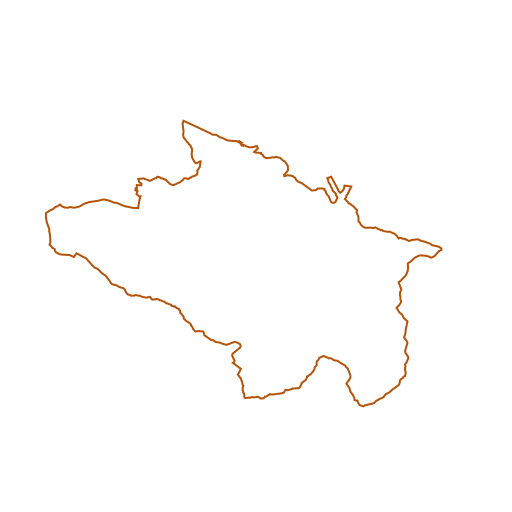 Sighisoara, Mures, Romania (orthographic projection), rotated 128°
{"feature_id": "2599482B28602664470225", "entity_name": "Sighisoara", "entity_type": "district", "adm_level": 2, "iso_a3": "ROU", "parent_name": "Romania", "parent_adm1": "Mures", "projection": "orthographic", "projection_center": [24.78, 46.228], "detail": "fine", "context": "isolated", "style": "outline", "palette": "amber", "viewbox_px": 512, "rotation_deg": 128, "n_neighbors": 0, "source": "geoboundaries", "source_scale": "gbopen_adm2", "svg_char_len": 6120}
<svg xmlns="http://www.w3.org/2000/svg" viewBox="0 0 512 512"><g transform="rotate(128 256 256)"><path d="M194.1,396.4L197.0,395.3L201.5,390.7L203.1,389.3L205.2,388.2L207.1,386.1L208.3,381.4L208.6,379.1L209.2,377.7L209.4,375.4L210.2,374.2L210.8,372.6L212.3,371.2L215.2,369.6L217.4,367.3L218.7,365.0L220.0,361.5L219.5,359.9L215.8,358.3L215.5,358.0L215.8,357.7L220.5,355.1L225.0,354.8L226.4,353.4L228.0,352.6L230.3,353.5L233.2,355.5L234.3,355.5L234.9,356.2L236.7,356.5L237.2,357.2L238.2,359.6L239.7,360.6L241.1,360.4L245.1,361.5L251.0,364.7L252.2,367.9L251.5,374.4L252.1,375.2L252.1,376.5L253.2,378.6L253.2,380.3L254.1,382.4L254.5,382.7L256.1,382.5L256.9,383.4L262.3,385.9L262.7,388.2L263.8,390.8L263.9,392.2L267.8,396.2L269.5,394.0L269.7,393.1L269.4,391.0L270.9,389.9L273.5,393.6L276.4,391.3L276.8,392.4L278.5,391.5L277.9,389.2L280.8,388.3L281.0,384.9L280.1,383.8L283.3,382.5L290.8,378.4L294.1,383.0L295.7,386.6L297.2,389.2L298.1,391.6L299.8,398.3L301.3,400.6L302.8,405.9L304.9,410.3L305.7,411.4L309.0,413.8L316.6,421.0L318.0,421.7L319.8,423.2L325.4,425.4L329.4,428.5L330.7,430.2L331.6,432.4L333.6,433.8L335.6,436.6L336.4,439.6L336.1,442.1L338.9,443.0L341.0,444.3L343.9,444.8L346.8,446.4L351.6,447.9L355.0,445.2L358.4,441.4L362.3,435.1L363.8,434.3L365.4,432.2L370.0,427.9L372.2,426.3L374.2,425.7L374.3,423.6L375.0,421.6L374.4,419.2L375.6,417.7L376.2,416.2L375.6,412.0L374.3,409.7L369.9,403.3L369.0,398.9L364.4,399.1L363.5,394.4L363.3,392.2L362.4,388.6L364.5,377.4L364.4,375.3L363.6,373.2L364.4,367.0L364.3,364.3L364.1,363.6L364.2,361.9L365.9,355.5L366.6,354.0L366.8,352.5L366.7,351.7L364.8,347.4L364.7,344.8L363.0,340.7L363.1,339.0L364.0,337.5L365.0,335.1L365.1,332.9L364.4,331.7L364.3,330.1L362.0,327.4L361.0,327.0L358.8,322.8L358.3,320.6L356.3,316.7L353.6,314.6L353.6,313.1L354.1,312.4L354.3,311.1L353.7,310.2L352.7,309.5L352.2,308.6L351.3,308.1L350.2,306.4L350.2,304.5L349.4,303.4L349.1,301.7L348.4,299.8L348.6,297.6L347.9,296.8L347.5,294.8L346.7,292.9L347.2,291.8L346.6,290.6L346.5,289.7L345.6,289.0L346.0,288.1L345.6,287.0L345.9,286.2L345.2,284.4L345.8,283.6L345.6,283.2L345.8,282.3L347.6,280.4L347.4,279.4L347.8,278.5L348.3,275.9L349.5,274.7L349.9,273.6L350.2,270.6L349.8,268.8L349.8,266.1L350.0,265.2L350.8,264.3L350.9,263.2L352.4,260.2L352.7,258.5L352.8,257.2L350.0,254.5L349.9,253.7L349.0,252.8L348.0,251.2L348.2,250.4L350.2,248.0L349.8,239.8L348.8,238.1L348.6,234.8L346.7,231.7L345.8,228.3L344.0,224.4L336.7,219.9L335.8,217.6L335.3,214.4L336.3,212.7L337.8,212.1L347.4,214.3L349.2,213.5L351.8,208.3L353.2,207.9L354.5,208.4L354.2,198.4L360.6,197.3L362.0,192.2L363.2,190.7L363.5,189.7L365.7,187.3L366.2,186.0L367.5,185.6L370.0,184.0L370.4,182.9L371.4,182.3L371.6,181.0L372.7,179.6L374.1,178.8L374.7,177.7L374.4,176.9L371.8,174.3L371.7,173.8L370.6,172.7L369.9,172.6L368.3,170.1L365.6,167.7L365.4,164.5L363.4,162.4L361.3,162.3L360.5,161.4L356.2,160.0L356.0,159.2L354.8,157.5L348.9,151.7L346.6,150.0L343.9,150.3L342.9,150.0L342.4,148.6L341.9,148.1L338.9,146.0L337.7,145.6L337.4,144.8L333.4,140.7L329.7,141.0L327.8,141.9L323.5,140.5L320.6,141.0L319.6,141.7L318.4,141.0L314.7,140.0L310.0,140.1L308.7,140.5L307.7,141.2L304.6,141.0L301.9,143.2L299.2,142.9L297.4,143.4L293.3,141.3L292.3,138.3L291.8,135.5L290.8,134.6L290.2,133.0L290.2,131.0L289.8,129.7L288.4,127.3L288.2,122.3L287.4,118.5L288.0,116.9L288.2,114.3L291.9,108.2L293.4,106.9L295.4,106.4L300.9,106.2L302.6,100.9L304.1,99.1L304.9,97.6L305.9,93.9L307.5,90.9L308.8,89.8L308.7,88.8L307.5,87.1L307.6,86.7L308.5,85.7L309.7,82.7L308.4,78.8L306.5,78.2L303.7,76.0L301.8,74.1L299.0,72.4L295.8,72.1L295.1,71.5L292.9,70.8L288.9,68.6L284.9,68.7L282.1,67.2L279.1,66.5L277.5,66.4L270.0,64.1L268.6,64.2L265.0,66.1L263.2,65.8L261.8,65.1L260.3,65.5L258.8,64.6L256.1,66.0L255.0,67.0L253.6,69.0L251.0,70.2L249.8,71.8L247.4,71.8L242.6,73.1L241.6,74.4L240.3,78.6L239.1,80.0L231.0,83.3L229.9,85.7L229.1,89.1L225.1,90.6L221.4,92.9L214.2,96.4L213.9,101.5L212.3,104.5L212.2,108.4L210.2,113.4L207.2,112.9L203.3,113.2L202.6,113.6L201.1,115.7L199.1,117.2L198.1,118.7L195.2,120.4L193.8,120.5L192.8,121.0L188.9,127.5L186.4,126.8L179.1,126.0L174.8,127.1L171.7,128.8L168.5,131.8L164.9,130.6L159.5,129.8L155.4,127.8L154.3,126.8L151.3,122.4L149.9,119.2L149.7,117.2L148.9,116.6L146.3,115.3L139.4,114.8L137.1,113.6L135.8,114.8L136.4,118.3L138.8,123.3L139.1,124.6L139.0,126.1L141.3,133.0L142.3,134.7L143.2,138.7L147.4,143.1L150.1,144.7L150.5,147.5L150.9,148.1L150.8,148.8L151.2,149.0L151.3,149.8L152.3,151.6L152.2,152.5L153.2,154.0L154.4,154.4L153.4,157.7L153.2,160.4L154.5,165.5L155.8,167.1L157.8,170.7L158.1,171.8L158.0,173.0L158.9,173.5L158.9,174.7L159.5,176.4L160.1,179.8L161.7,180.6L162.8,182.8L166.3,187.0L167.1,189.2L166.7,192.9L165.7,194.8L165.5,196.8L163.0,198.5L161.8,199.8L159.8,203.7L157.7,204.5L156.8,210.5L157.1,212.1L156.9,212.8L157.4,215.9L157.0,216.3L156.4,221.0L153.9,221.2L153.2,221.8L150.9,221.9L142.6,223.7L146.0,229.6L148.4,228.3L150.1,227.9L152.3,228.0L154.3,228.6L154.1,230.3L147.2,245.6L150.8,247.7L151.7,245.9L152.8,244.8L153.7,243.1L154.1,241.4L154.7,240.8L156.0,237.5L157.3,235.9L157.7,231.8L158.1,231.1L159.0,230.3L159.4,228.2L160.5,227.6L164.5,226.7L165.9,227.2L167.1,228.7L167.1,230.3L164.1,235.8L163.9,237.6L163.2,239.5L162.0,241.1L161.9,242.8L161.0,243.3L162.3,245.9L164.9,248.9L167.2,249.3L170.0,252.3L170.4,264.8L171.5,268.6L171.4,270.4L170.9,272.3L170.2,273.3L170.5,274.8L170.3,275.9L170.8,276.8L171.0,278.1L172.0,279.1L172.8,280.8L175.7,282.7L174.9,283.8L168.9,283.5L165.4,286.4L163.8,291.0L164.1,294.0L163.8,297.4L165.9,301.7L167.1,302.3L168.6,304.4L169.4,304.8L172.7,308.2L172.7,309.5L172.9,310.1L173.0,311.4L172.3,312.3L172.3,314.1L172.5,314.7L171.7,315.5L174.7,319.9L175.1,321.5L170.2,320.7L168.8,322.7L169.2,323.5L171.0,324.6L173.4,326.7L174.5,328.4L175.4,330.7L176.1,334.4L177.1,334.0L177.6,335.1L177.3,335.6L177.4,336.6L176.8,336.8L176.7,337.3L175.7,337.1L175.9,337.7L176.7,337.8L176.9,339.6L176.9,339.9L176.5,339.7L175.8,337.8L175.5,338.2L175.9,339.5L175.8,340.0L177.2,340.9L177.6,342.4L178.9,344.0L182.6,349.9L183.2,353.4L184.6,357.7L185.0,361.9L186.8,364.5L187.2,365.4L187.5,367.9L194.1,396.4Z" fill="none" stroke="#b45309" stroke-width="2"/></g></svg>